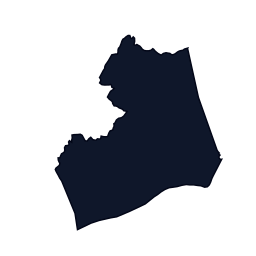 Pekan, Pahang, Malaysia, rotated 67°
{"feature_id": "92858781B2818057588374", "entity_name": "Pekan", "entity_type": "district", "adm_level": 2, "iso_a3": "MYS", "parent_name": "Malaysia", "parent_adm1": "Pahang", "projection": "albers", "projection_center": [103.074, 3.304], "detail": "fine", "context": "isolated", "style": "filled", "palette": "ink", "viewbox_px": 256, "rotation_deg": 67, "n_neighbors": 0, "source": "geoboundaries", "source_scale": "gbopen_adm2", "svg_char_len": 2267}
<svg xmlns="http://www.w3.org/2000/svg" viewBox="0 0 256 256"><g transform="rotate(67 128 128)"><path d="M77.8,41.8L77.4,45.3L77.9,46.9L77.5,48.8L77.2,50.7L77.4,52.8L77.9,54.6L78.2,56.2L78.1,58.3L77.1,59.6L75.7,60.3L74.6,62.1L73.6,63.6L73.2,66.3L73.9,69.0L72.7,70.0L71.2,71.2L69.6,72.1L67.5,73.1L65.7,73.6L64.7,74.2L65.4,76.3L65.1,78.6L64.0,81.2L62.9,82.9L61.0,84.1L59.2,84.5L57.2,85.2L55.5,86.6L54.6,87.2L54.8,88.7L53.6,90.0L51.0,88.1L47.9,86.9L46.2,87.6L47.2,89.3L46.8,90.3L43.6,90.2L42.9,91.7L43.3,94.1L44.1,96.3L44.3,98.0L45.7,99.7L47.5,101.2L50.2,103.9L50.9,105.6L52.3,106.7L54.4,107.6L55.7,108.7L55.7,109.8L55.2,110.0L54.3,114.3L58.5,119.8L61.2,124.1L62.3,125.2L64.4,126.5L65.3,128.1L70.5,134.5L71.9,134.1L73.7,134.5L75.4,136.5L77.9,135.1L79.2,132.9L81.0,128.4L80.9,127.4L81.9,126.6L84.3,126.9L86.1,125.2L86.8,126.5L87.4,129.7L89.5,132.4L91.5,134.8L94.4,133.9L95.5,133.1L97.7,132.1L99.5,132.5L102.2,132.1L102.9,130.7L104.0,129.4L106.0,128.3L107.5,126.7L108.8,125.6L110.5,125.1L111.3,123.8L112.4,122.4L114.1,125.1L115.4,127.3L116.0,130.0L115.4,132.8L116.1,135.5L118.4,138.2L118.5,139.3L121.0,140.1L122.0,141.3L123.9,142.9L123.7,145.6L125.1,147.5L126.7,149.0L127.9,150.0L127.5,151.7L126.5,153.8L125.0,155.9L127.0,157.2L127.2,158.3L126.0,160.4L126.7,162.1L126.3,163.1L125.0,164.9L122.0,165.9L122.6,168.2L124.1,170.7L123.0,172.5L119.9,172.8L116.8,173.1L115.1,174.4L114.3,177.0L113.0,180.4L112.6,182.3L115.4,183.2L117.4,184.7L119.1,185.4L116.8,186.9L117.7,188.2L120.2,188.6L120.6,190.0L119.9,192.4L121.3,194.1L123.9,194.9L125.4,196.3L125.8,199.3L127.5,201.1L128.8,202.3L128.2,204.0L130.3,204.7L132.6,204.7L133.7,204.4L135.6,205.8L136.3,208.2L136.8,210.0L137.8,211.1L139.9,211.1L141.9,210.9L144.4,210.6L147.5,210.4L150.8,209.7L185.9,210.1L201.8,214.2L201.1,199.3L201.8,190.7L203.9,179.0L205.3,173.1L205.3,159.0L204.6,141.8L201.5,130.8L200.8,126.7L199.7,122.6L199.0,118.1L199.0,113.6L200.1,109.5L201.1,105.7L201.8,100.6L202.8,96.4L204.5,93.3L205.9,89.9L208.0,86.5L209.7,83.4L212.4,80.6L213.1,77.9L212.1,75.4L210.0,73.0L207.3,70.6L205.2,68.2L193.4,54.0L193.1,55.1L191.9,55.7L190.2,55.9L189.5,55.0L188.9,53.9L187.9,54.6L187.0,54.6L186.7,53.8L185.0,54.4L183.2,54.7L127.8,51.3L126.5,51.1L78.1,42.1L77.8,41.8Z" fill="#0f172a" stroke="#020617" stroke-width="1.5"/></g></svg>